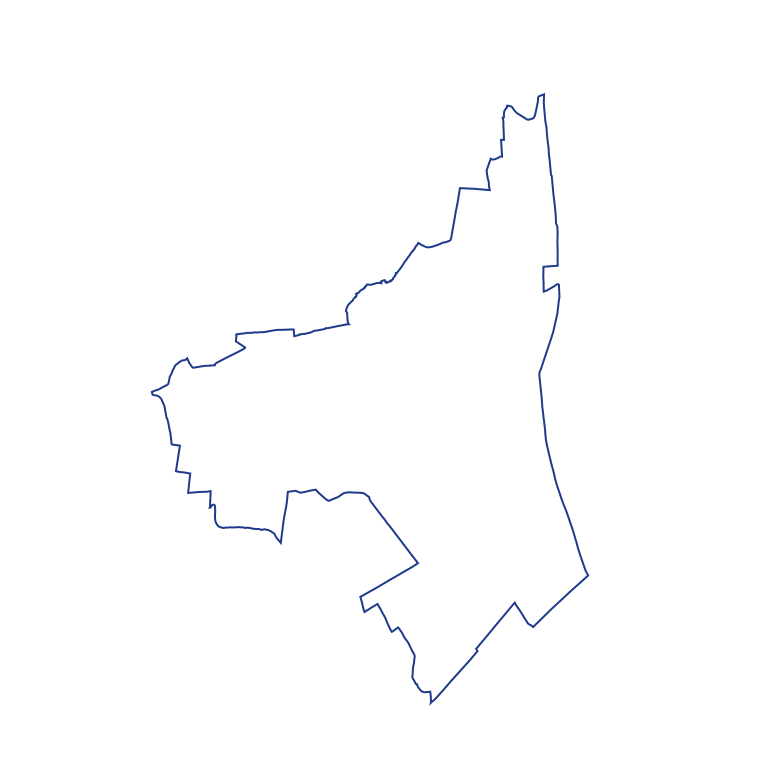 Helesteni, Iasi, Romania, rotated 98°
{"feature_id": "2599482B91920922475689", "entity_name": "Helesteni", "entity_type": "district", "adm_level": 2, "iso_a3": "ROU", "parent_name": "Romania", "parent_adm1": "Iasi", "projection": "robinson", "projection_center": [26.863, 47.189], "detail": "fine", "context": "isolated", "style": "outline", "palette": "blue", "viewbox_px": 768, "rotation_deg": 98, "n_neighbors": 0, "source": "geoboundaries", "source_scale": "gbopen_adm2", "svg_char_len": 6143}
<svg xmlns="http://www.w3.org/2000/svg" viewBox="0 0 768 768"><g transform="rotate(98 384 384)"><path d="M473.3,585.8L473.5,580.9L473.3,579.3L473.5,577.5L499.3,577.9L499.5,575.5L499.6,573.9L499.4,569.6L499.6,563.4L511.2,563.1L519.1,562.8L517.7,556.3L517.1,554.2L516.8,552.4L516.3,550.3L515.6,545.8L515.1,543.6L514.2,540.8L514.7,540.7L529.8,539.2L530.7,539.4L530.5,538.8L530.2,538.5L529.8,538.2L528.2,537.7L527.7,537.0L527.2,536.2L527.2,535.5L527.7,534.7L528.4,534.4L533.0,533.5L540.1,532.8L543.4,531.8L545.3,530.7L547.4,528.9L548.1,527.9L548.7,525.2L548.9,523.4L548.8,522.3L548.2,520.8L547.9,518.6L547.3,516.4L547.2,514.2L546.7,511.5L545.9,508.0L546.0,506.2L545.6,504.7L545.6,503.7L545.9,501.5L545.3,499.3L545.2,498.7L545.3,495.8L545.5,493.8L545.5,490.6L545.1,488.8L545.1,487.1L545.2,486.0L545.5,485.4L545.5,484.8L544.8,483.0L544.5,482.0L544.7,478.4L545.3,476.4L545.7,475.3L547.7,471.5L549.4,470.5L550.3,469.7L551.6,468.7L553.9,466.0L555.7,464.1L531.9,464.4L518.4,463.8L512.7,463.8L507.3,464.1L504.2,464.2L502.0,456.6L502.8,454.1L503.3,451.8L502.2,448.1L499.7,441.8L498.1,436.8L499.2,435.7L501.2,433.1L506.0,425.8L507.1,423.7L507.3,422.0L505.9,420.1L504.7,417.7L503.7,416.3L503.4,415.5L502.2,413.6L497.9,408.9L497.2,407.5L496.0,403.2L496.0,401.9L494.9,391.1L494.9,389.3L495.3,388.2L496.5,385.8L497.0,385.1L497.8,383.2L499.9,382.3L501.7,381.2L503.8,379.1L515.9,367.0L517.4,365.2L521.8,361.1L523.7,358.8L549.9,332.4L556.7,325.4L561.4,330.8L564.7,334.9L566.5,337.4L572.9,345.4L576.0,349.5L586.4,362.5L598.1,377.8L601.6,376.2L611.4,372.3L612.4,371.7L612.5,371.5L612.0,370.8L610.7,369.7L610.3,369.2L610.3,368.9L607.1,365.3L602.7,359.7L606.3,357.2L606.4,356.8L611.9,352.9L615.0,350.5L620.9,347.0L626.1,343.6L628.3,341.8L627.8,340.9L623.1,336.2L624.5,334.6L626.8,332.6L628.2,331.2L629.6,330.4L632.8,328.0L633.7,327.0L636.7,324.1L644.7,318.7L647.4,316.6L649.4,315.6L651.5,315.8L652.5,315.5L653.9,315.7L655.2,315.5L657.5,315.5L659.3,315.8L661.2,315.7L662.5,315.8L663.9,315.5L666.3,315.3L670.3,315.2L671.0,314.7L672.1,314.2L673.2,313.1L676.6,310.7L676.7,309.5L677.6,309.3L680.0,307.5L682.1,305.4L683.3,303.5L683.6,300.9L683.3,299.3L682.3,295.4L686.3,294.3L692.1,293.2L693.1,293.2L692.3,292.7L691.4,291.6L688.2,289.0L677.2,281.6L668.4,276.0L646.7,261.3L635.5,254.2L633.5,255.9L613.4,243.4L609.4,241.0L582.3,224.1L585.0,222.1L588.9,218.4L597.3,211.4L601.1,208.1L601.7,207.1L602.3,205.3L602.8,204.1L603.4,203.1L603.9,202.5L583.5,186.8L562.7,169.9L545.3,155.2L540.6,158.5L526.0,166.0L518.4,169.6L517.3,169.9L502.8,176.5L486.8,184.6L482.7,186.8L478.0,189.6L472.4,192.6L468.8,194.3L460.8,198.4L454.2,201.3L446.5,204.2L441.4,206.5L427.8,211.9L420.9,214.5L417.4,215.7L409.3,217.7L409.2,217.5L385.2,223.9L375.8,225.9L355.7,230.9L352.7,231.6L351.7,231.6L350.0,231.4L346.8,230.6L314.5,224.6L311.5,224.2L309.3,223.7L289.9,222.1L276.5,222.5L273.8,222.3L261.3,224.6L261.0,225.0L261.1,226.4L263.9,229.5L267.7,234.5L268.8,235.9L270.3,238.6L266.7,239.3L262.3,239.9L255.5,241.2L245.7,242.4L242.7,228.5L241.1,228.6L238.4,229.2L229.9,230.3L218.1,232.2L211.2,232.9L204.2,234.2L203.0,234.8L201.3,235.9L192.2,237.6L182.8,239.9L171.4,242.9L154.5,246.9L153.7,247.7L136.4,251.8L135.7,252.2L127.3,253.9L118.3,256.4L107.5,258.8L100.6,261.0L86.6,264.2L82.6,265.0L74.9,265.8L76.0,267.9L77.7,270.8L79.0,271.3L82.1,270.9L92.2,271.5L96.9,271.9L98.7,272.4L99.5,272.7L100.3,273.5L101.4,275.9L102.2,277.6L102.1,279.3L97.1,290.3L94.8,293.1L93.2,294.6L92.0,295.6L91.3,297.2L91.2,300.7L91.8,301.0L93.4,300.8L94.0,301.5L96.5,302.7L98.1,302.9L102.2,302.6L103.2,302.3L104.0,303.6L105.4,302.9L109.2,302.0L111.8,301.7L117.8,300.5L125.6,299.2L125.8,301.9L125.9,302.1L133.0,300.6L142.3,298.8L142.2,299.1L142.6,300.4L144.7,303.2L145.9,305.3L146.4,306.5L146.6,307.5L146.6,308.2L146.5,308.9L146.1,309.6L151.1,310.7L157.6,312.0L158.8,312.0L161.4,311.3L166.6,309.7L168.2,308.8L169.7,308.3L171.8,307.9L173.8,307.5L177.3,306.2L178.1,321.5L179.5,336.1L191.9,336.3L200.9,336.7L202.3,336.9L213.9,337.2L230.0,337.8L232.1,338.1L233.0,339.0L234.9,342.4L235.5,344.2L235.7,345.1L236.2,346.1L237.0,347.0L238.9,350.4L241.2,355.0L242.3,358.0L242.5,358.8L242.6,360.8L242.1,363.0L240.6,367.4L239.5,369.7L242.1,370.7L242.8,371.5L246.6,372.9L247.2,373.6L248.5,373.9L248.9,374.5L250.2,375.3L252.5,376.3L255.5,378.0L258.8,379.6L259.7,380.3L265.1,382.7L267.7,384.1L272.3,386.7L272.2,387.3L272.4,387.7L273.1,387.5L273.7,387.5L274.5,387.9L274.8,388.3L275.7,388.1L277.5,389.5L278.2,389.7L278.7,389.6L280.4,391.0L280.9,391.1L281.2,391.5L280.7,391.9L281.9,393.1L283.4,395.3L282.5,395.8L283.0,396.7L281.1,397.7L281.5,398.9L282.8,401.2L284.6,400.6L284.5,402.2L284.8,404.5L287.6,410.9L287.9,414.8L289.3,415.3L290.3,415.9L290.3,416.2L291.0,416.3L291.2,416.9L292.1,416.9L293.3,418.6L294.4,420.0L297.2,422.0L298.5,424.2L299.1,423.8L299.1,423.5L299.5,423.4L299.8,423.7L300.6,423.6L301.1,424.0L301.6,423.9L301.8,424.4L302.1,424.5L302.2,424.9L302.9,425.1L303.8,426.0L305.6,426.5L307.2,428.0L308.8,429.0L310.5,430.4L312.6,431.1L315.1,431.7L317.2,431.8L317.8,431.1L318.6,430.5L319.6,430.2L321.1,430.0L327.4,428.6L329.4,427.4L329.7,427.1L329.8,427.9L330.2,429.3L332.6,436.4L336.5,447.2L336.9,449.6L337.4,450.0L337.7,450.1L340.6,458.6L341.0,460.6L342.7,462.9L343.7,464.9L344.3,466.9L345.4,469.0L345.4,470.0L346.2,472.9L346.5,473.8L347.0,474.1L347.1,474.6L346.9,474.8L347.3,475.4L347.7,475.8L349.1,479.5L344.7,480.6L342.6,481.0L342.7,482.2L344.5,492.2L345.3,497.3L347.2,503.7L349.4,510.1L349.9,513.7L350.8,517.6L350.7,518.5L352.0,523.3L352.0,524.1L352.5,527.0L353.1,528.7L355.4,537.2L356.8,537.1L357.0,536.8L362.4,536.6L367.2,526.6L367.8,526.8L369.1,528.2L372.9,533.5L374.0,535.1L381.0,545.3L385.8,552.0L386.7,553.1L387.8,554.1L389.0,554.1L390.9,563.3L391.5,565.8L394.5,575.2L393.6,576.7L390.1,579.9L385.9,582.5L387.8,584.0L389.0,587.6L390.8,589.7L394.7,593.4L397.2,594.1L398.5,594.6L400.5,595.2L403.1,595.8L406.5,597.1L414.0,597.6L415.8,599.5L417.1,601.6L420.6,606.2L421.7,608.0L421.8,608.6L422.1,609.3L424.2,612.8L426.8,611.6L427.1,609.9L427.2,606.4L429.0,603.2L430.5,602.0L436.4,598.4L447.5,594.7L449.3,593.5L452.7,592.1L459.7,589.8L461.5,589.0L468.8,587.0L472.6,586.1L473.3,585.8Z" fill="none" stroke="#1e3a8a" stroke-width="2"/></g></svg>